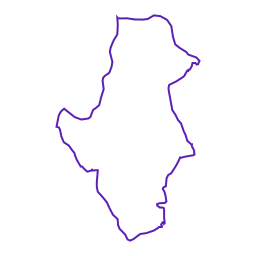 Bafoulabe, Kayes, Mali (Equal Earth projection)
{"feature_id": "8926073B35923162225659", "entity_name": "Bafoulabe", "entity_type": "district", "adm_level": 2, "iso_a3": "MLI", "parent_name": "Mali", "parent_adm1": "Kayes", "projection": "equal_earth", "projection_center": [-10.509, 13.682], "detail": "fine", "context": "isolated", "style": "outline", "palette": "violet", "viewbox_px": 256, "rotation_deg": 0, "n_neighbors": 0, "source": "geoboundaries", "source_scale": "gbopen_adm2", "svg_char_len": 2242}
<svg xmlns="http://www.w3.org/2000/svg" viewBox="0 0 256 256"><path d="M167.1,19.9L160.5,16.2L153.9,15.4L147.7,19.0L142.9,19.6L134.3,19.4L127.2,18.3L123.0,18.4L118.5,18.4L118.0,18.2L117.3,17.4L117.8,24.8L117.3,34.4L113.8,40.1L111.1,46.4L110.4,48.6L109.9,52.1L112.4,61.9L111.6,66.6L110.3,70.2L109.2,72.9L104.8,75.9L103.1,77.9L102.6,80.8L103.7,89.1L101.3,96.7L99.2,105.1L95.6,108.2L93.1,109.9L91.2,114.8L90.5,116.9L89.0,118.0L88.4,118.5L88.2,118.5L87.5,118.6L82.9,119.3L81.3,119.5L74.7,117.1L64.1,108.7L61.0,111.4L58.8,115.3L56.5,126.8L58.9,127.4L60.0,129.8L61.4,136.6L63.8,142.2L68.9,145.6L71.8,149.8L74.4,153.0L75.2,155.9L76.8,159.9L80.7,166.5L81.2,166.3L82.5,166.8L83.1,167.6L83.6,168.4L84.1,168.6L84.7,169.3L85.1,169.7L85.5,170.1L86.1,170.7L87.3,171.6L88.5,171.4L89.5,171.0L90.8,170.7L91.4,170.6L91.9,169.7L92.1,169.7L92.2,170.3L92.3,170.5L96.4,170.2L97.8,170.3L97.7,171.7L96.8,182.0L96.8,186.9L97.8,191.8L103.0,197.5L107.0,202.6L109.5,208.2L112.0,212.9L113.0,214.8L117.6,219.1L118.1,225.1L119.5,228.7L125.3,234.7L127.5,239.4L130.1,240.6L133.3,239.2L140.2,234.0L146.5,233.1L149.3,232.1L153.7,230.6L158.0,228.0L159.1,226.9L160.3,227.0L161.7,227.1L161.9,226.8L161.9,226.5L161.9,225.9L161.1,224.8L161.2,224.3L162.2,223.3L162.4,222.5L162.7,222.4L163.1,222.7L163.4,222.1L164.3,222.3L164.2,223.7L164.5,223.5L164.7,223.2L164.1,217.4L164.1,210.2L163.8,208.1L161.8,207.4L159.9,207.6L157.1,205.4L157.1,204.1L159.2,203.3L164.9,202.9L166.4,201.5L165.6,196.2L164.4,191.7L162.8,188.8L163.6,187.3L165.8,186.3L166.6,178.2L168.3,174.9L171.1,173.4L175.5,166.6L178.7,160.8L180.1,157.4L181.5,157.7L183.1,157.2L185.4,156.6L193.6,155.2L193.8,155.0L194.2,154.7L194.4,154.6L194.5,153.4L194.1,152.7L194.0,152.2L194.2,150.9L193.7,149.9L193.5,149.3L193.1,148.4L191.9,146.5L191.8,145.6L191.9,144.5L191.6,144.6L187.3,140.8L185.6,135.1L183.6,130.9L181.1,123.5L178.0,120.0L175.3,114.5L172.3,110.1L168.8,90.9L168.5,88.0L169.2,84.9L176.4,81.3L183.2,76.9L184.8,75.3L184.8,75.0L185.2,74.0L185.9,73.1L186.8,71.4L187.2,70.8L188.2,71.0L188.4,69.8L189.9,69.5L191.9,65.9L192.5,63.0L195.4,63.0L196.7,64.5L198.1,64.2L198.7,62.4L199.5,61.0L196.4,57.5L188.3,54.6L186.3,52.0L179.5,47.8L175.2,44.3L173.0,36.8L171.3,26.1L167.1,19.9Z" fill="none" stroke="#5b21b6" stroke-width="2"/></svg>